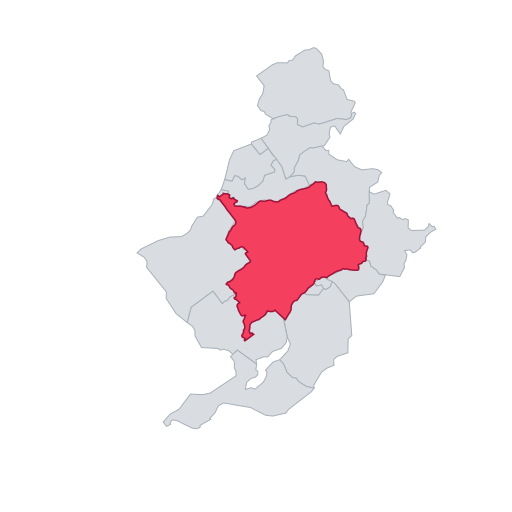 map of Democratic Republic of the Congo with United Republic of Tanzania, Nigeria, Cameroon and 11 others greyed out, rotated 53°
{"feature_id": "COD", "entity_name": "Democratic Republic of the Congo", "entity_type": "country or territory", "adm_level": 0, "iso_a3": "COD", "parent_name": "Africa", "parent_adm1": "", "projection": "robinson", "projection_center": [23.721, -4.071], "detail": "fine", "context": "with_neighbors", "style": "filled", "palette": "rose", "viewbox_px": 512, "rotation_deg": 53, "n_neighbors": 14, "source": "natural_earth", "source_scale": "50m", "svg_char_len": 12781}
<svg xmlns="http://www.w3.org/2000/svg" viewBox="0 0 512 512"><g transform="rotate(53 256 256)"><path d="M348.6,209.0L377.2,227.4L377.7,232.3L388.6,240.9L385.0,251.5L385.4,256.3L390.2,259.4L388.3,266.8L388.2,273.5L393.8,287.4L396.5,289.2L390.5,294.2L382.2,297.5L377.7,297.4L375.0,300.0L367.7,301.3L358.7,298.9L353.1,299.6L351.1,287.9L347.0,281.5L339.7,279.9L324.5,272.3L320.4,261.5L316.1,256.7L314.6,251.7L315.3,247.3L314.0,239.4L317.1,239.0L324.7,229.6L322.6,221.5L324.7,220.4L325.2,215.4L322.2,210.5L324.9,209.5L348.6,209.0Z" fill="#d9dde1" stroke="#a8b0b8" stroke-width="1"/><path d="M112.6,147.2L113.1,127.9L114.6,122.5L120.7,114.6L119.9,112.3L121.5,108.8L119.9,103.7L120.9,93.2L123.1,89.8L124.2,84.8L126.2,83.0L134.3,82.0L141.8,85.2L144.5,88.4L148.4,88.5L152.0,86.4L161.0,90.9L164.8,90.7L169.3,87.0L173.7,87.3L175.9,86.1L185.7,89.1L191.6,84.3L193.4,84.6L198.4,94.0L199.8,93.8L202.7,97.2L201.5,101.6L195.1,108.3L188.8,126.1L184.7,129.6L181.1,141.0L175.9,143.9L171.6,140.3L168.8,140.5L164.2,145.5L162.1,145.6L156.4,159.9L148.5,163.0L145.7,162.5L142.8,164.5L136.7,164.3L132.7,158.9L130.3,152.7L125.0,147.1L112.6,147.2Z" fill="#d9dde1" stroke="#a8b0b8" stroke-width="1"/><path d="M202.2,90.6L205.1,96.1L205.3,107.5L209.3,115.3L199.5,114.9L197.9,119.0L202.3,124.0L205.6,125.4L209.0,134.9L203.9,145.9L202.1,147.4L201.6,160.2L205.2,164.7L208.6,172.2L212.0,175.0L213.2,181.4L212.6,186.0L200.5,181.7L165.0,181.2L166.1,174.5L163.2,168.8L159.8,167.4L158.2,163.5L156.3,162.3L158.4,153.8L162.1,145.6L164.2,145.5L168.8,140.5L171.6,140.3L175.9,143.9L181.1,141.0L184.7,129.6L188.8,126.1L195.1,108.3L201.5,101.6L202.7,97.2L199.8,93.8L200.1,91.1L202.2,90.6Z" fill="#d9dde1" stroke="#a8b0b8" stroke-width="1"/><path d="M299.1,156.0L296.6,156.9L286.1,155.8L279.7,158.8L276.7,157.0L268.3,161.3L264.8,160.4L261.5,166.3L250.4,163.8L239.3,157.7L235.3,160.4L232.3,164.8L231.6,170.8L221.7,168.9L217.2,173.4L213.2,181.4L212.0,175.0L208.6,172.2L205.2,164.7L201.6,160.2L201.5,154.1L202.1,147.4L203.9,145.9L207.8,137.2L214.0,136.6L215.4,134.3L218.5,136.5L228.1,133.2L235.2,126.8L234.5,123.8L243.9,123.6L251.0,119.6L256.5,110.2L260.3,106.8L265.0,105.3L265.9,109.0L270.2,114.3L269.5,124.1L282.0,133.7L282.1,136.5L290.3,144.7L292.2,149.8L297.9,153.2L299.1,156.0Z" fill="#d9dde1" stroke="#a8b0b8" stroke-width="1"/><path d="M231.6,170.8L231.2,176.0L227.4,185.9L226.9,198.3L225.4,204.5L224.6,207.2L216.1,215.7L212.9,224.1L213.1,231.1L202.4,243.4L199.6,241.9L199.1,239.5L195.0,239.4L192.4,242.7L187.6,238.9L182.2,244.0L176.0,234.9L181.7,230.2L178.9,224.5L181.5,222.4L186.6,221.3L187.2,217.5L191.2,221.6L197.9,222.0L200.2,217.9L201.1,212.2L200.3,205.6L196.7,200.5L200.0,190.6L198.1,188.9L192.5,189.6L190.4,185.1L190.9,181.4L200.5,181.7L212.6,186.0L213.2,181.4L217.2,173.4L221.7,168.9L231.6,170.8Z" fill="#d9dde1" stroke="#a8b0b8" stroke-width="1"/><path d="M177.3,181.4L185.5,182.0L190.0,180.9L190.9,181.4L190.4,185.1L192.5,189.6L198.1,188.9L200.0,190.6L196.7,200.5L200.3,205.6L201.1,212.2L200.2,217.9L197.9,222.0L191.2,221.6L187.2,217.5L186.6,221.3L181.5,222.4L178.9,224.5L181.7,230.2L176.0,234.9L163.2,219.2L158.5,210.3L163.8,192.2L177.4,191.7L177.3,181.4Z" fill="#d9dde1" stroke="#a8b0b8" stroke-width="1"/><path d="M165.0,181.2L177.3,181.4L177.4,191.7L163.8,192.2L162.4,190.9L165.0,181.2Z" fill="#d9dde1" stroke="#a8b0b8" stroke-width="1"/><path d="M321.5,271.4L339.7,279.9L343.2,283.8L345.1,291.0L342.2,300.3L343.6,307.4L341.2,310.4L338.8,318.4L342.7,320.6L319.9,327.6L320.6,333.7L314.9,334.9L310.6,338.3L309.7,341.3L307.0,342.0L296.3,354.6L283.0,352.8L278.7,349.6L273.8,349.1L267.7,351.0L257.8,338.6L258.1,311.4L273.7,311.5L273.1,308.5L274.2,305.3L272.9,301.3L273.7,297.1L272.9,294.5L275.5,294.7L276.0,297.4L284.3,297.9L286.8,301.8L292.8,303.0L297.4,300.3L299.1,304.8L304.8,306.0L310.7,314.4L316.4,314.4L315.8,305.2L313.7,306.8L306.5,301.9L308.8,283.2L307.2,279.4L309.3,273.9L311.3,272.9L321.5,271.4Z" fill="#d9dde1" stroke="#a8b0b8" stroke-width="1"/><path d="M353.1,299.6L358.7,298.9L367.7,301.3L375.0,300.0L377.7,297.4L382.2,297.5L390.5,294.2L396.5,289.2L397.7,293.1L398.1,322.5L399.4,326.7L394.0,338.8L389.1,344.1L373.7,351.6L353.8,370.4L353.1,376.5L356.5,383.0L357.9,390.6L359.2,390.2L357.6,402.5L359.3,404.0L358.1,407.6L355.0,410.6L339.9,418.2L336.6,421.3L337.2,424.9L339.0,425.5L338.3,430.0L332.7,430.0L330.6,419.3L332.1,409.7L326.8,391.5L334.8,381.8L337.9,374.9L339.7,344.1L335.9,341.3L332.3,340.7L327.3,336.8L321.0,336.9L319.9,327.6L342.7,320.6L347.0,324.7L349.1,323.9L352.0,326.1L352.4,329.5L350.8,333.5L351.3,339.5L356.1,344.8L358.4,338.9L361.7,337.1L361.2,326.1L358.2,319.9L355.5,317.1L352.9,317.2L350.9,306.1L353.1,299.6Z" fill="#d9dde1" stroke="#a8b0b8" stroke-width="1"/><path d="M190.4,241.8L187.6,243.6L186.2,249.5L184.3,250.4L182.2,244.0L187.6,238.9L190.4,241.8ZM185.4,253.1L193.3,251.1L215.6,251.2L219.7,262.7L224.3,270.0L231.8,268.1L236.0,269.3L239.0,262.1L243.7,261.8L244.1,260.3L247.9,260.3L247.3,263.4L256.5,263.3L256.6,268.7L258.1,272.0L257.0,277.2L257.6,282.4L260.1,285.6L259.7,295.8L269.5,294.0L272.9,294.5L273.7,297.1L272.9,301.3L274.2,305.3L273.1,308.5L273.7,311.5L258.1,311.4L257.8,338.6L267.7,351.0L254.0,354.5L235.9,353.3L230.7,349.2L199.3,350.2L194.8,346.3L190.0,346.0L182.0,349.1L181.2,343.7L184.9,324.7L189.0,313.4L195.6,304.0L196.4,297.7L195.9,292.8L193.6,289.7L189.7,279.4L192.4,274.2L188.5,260.2L184.7,254.8L185.4,253.1Z" fill="#d9dde1" stroke="#a8b0b8" stroke-width="1"/><path d="M322.6,221.5L324.7,229.6L317.1,239.0L314.0,239.4L313.5,229.0L311.6,225.2L316.2,225.8L318.5,220.9L322.6,221.5Z" fill="#d9dde1" stroke="#a8b0b8" stroke-width="1"/><path d="M348.6,209.0L324.9,209.5L317.7,213.2L315.8,212.3L315.9,205.9L317.7,202.6L318.1,195.7L322.6,187.2L327.9,181.9L324.9,180.8L325.3,170.7L328.4,168.4L333.2,170.3L339.3,168.3L344.6,168.3L349.3,164.4L352.9,170.3L357.1,184.5L348.5,199.9L348.6,209.0Z" fill="#d9dde1" stroke="#a8b0b8" stroke-width="1"/><path d="M322.2,210.5L325.2,215.4L324.7,220.4L322.6,221.5L318.5,220.9L316.2,225.8L311.6,225.2L313.7,214.7L315.8,212.3L317.7,213.2L322.2,210.5Z" fill="#d9dde1" stroke="#a8b0b8" stroke-width="1"/><path d="M325.3,170.7L318.6,165.0L316.8,161.4L307.1,164.1L303.7,163.0L297.9,153.2L292.2,149.8L290.3,144.7L282.1,136.5L282.0,133.7L272.7,126.9L277.7,124.4L281.7,112.8L287.1,111.6L292.3,118.9L294.3,119.7L297.1,118.2L302.5,118.5L303.5,120.3L311.0,120.3L311.3,118.5L315.2,116.9L315.9,114.4L318.8,112.6L325.1,117.6L329.0,116.7L336.8,105.8L336.1,100.7L334.3,98.2L338.8,97.7L339.3,95.8L342.8,96.4L342.0,102.7L342.9,108.9L346.8,112.3L347.7,119.5L348.7,119.7L348.8,126.4L347.7,129.0L343.7,129.2L341.2,134.1L345.8,134.7L349.7,138.9L351.0,142.3L354.5,144.3L359.0,153.6L344.6,168.3L339.3,168.3L333.2,170.3L328.4,168.4L325.3,170.7Z" fill="#d9dde1" stroke="#a8b0b8" stroke-width="1"/><path d="M324.5,271.0L311.1,273.4L310.6,273.5L310.8,274.4L310.7,275.4L310.3,276.1L309.8,277.0L308.9,278.1L308.4,278.6L306.8,279.9L306.8,280.3L307.8,282.3L308.3,283.8L308.5,285.1L308.4,289.2L308.3,289.9L308.6,291.2L308.5,292.3L307.8,293.4L307.6,294.5L306.7,298.1L306.4,299.2L306.9,301.1L307.3,302.1L308.0,302.9L309.5,304.1L310.1,304.7L311.7,306.7L313.8,307.1L314.4,307.4L314.8,307.3L315.0,307.0L315.0,306.4L314.9,306.0L315.0,305.6L315.4,305.4L316.4,305.4L316.8,305.1L317.2,305.0L317.1,315.4L317.1,315.6L317.0,316.0L316.6,316.1L316.0,315.8L315.9,314.8L315.6,314.5L315.3,314.4L314.8,314.5L314.0,315.0L313.0,315.4L312.7,315.7L312.0,315.6L311.2,315.4L310.7,314.9L310.6,314.1L309.5,312.1L308.7,311.1L308.3,311.0L307.8,310.8L307.5,310.0L307.2,309.0L306.8,308.1L306.3,307.8L302.6,306.1L301.8,306.1L301.0,306.0L300.5,305.6L300.2,305.3L299.3,303.2L298.0,301.8L297.6,300.3L297.4,300.1L296.9,300.2L296.5,300.4L295.8,302.8L295.6,303.0L295.3,303.2L294.8,303.4L294.1,303.5L293.1,303.4L291.2,303.1L288.8,302.7L288.1,302.4L287.5,302.1L285.8,301.5L285.0,301.6L284.6,301.1L284.2,300.9L283.7,300.4L283.5,299.8L283.2,298.6L283.3,297.9L283.5,297.1L283.3,296.9L283.0,296.9L282.5,297.2L280.2,297.7L278.6,298.1L277.5,298.9L277.1,298.9L276.4,298.7L276.1,298.3L276.4,297.8L276.6,297.3L276.3,296.2L276.0,295.7L275.0,295.4L274.6,295.3L274.5,294.7L274.2,294.2L273.3,294.0L273.1,294.2L272.9,294.6L272.9,295.0L272.3,295.2L271.3,295.2L270.3,294.9L269.6,294.8L269.1,294.9L267.2,295.7L266.6,295.9L264.7,295.8L263.6,295.6L262.8,295.6L262.2,295.8L261.5,296.5L260.9,296.8L260.6,296.8L260.2,296.1L260.2,295.2L259.9,294.2L260.1,293.6L260.6,293.3L260.8,292.5L260.7,291.3L260.7,290.4L260.8,289.9L260.6,288.8L260.0,286.9L259.2,285.4L258.1,284.2L257.4,283.1L257.1,282.0L257.2,279.4L257.8,275.3L257.7,272.3L257.0,270.3L256.8,268.2L257.2,266.0L257.3,264.4L257.0,263.6L256.9,263.5L256.6,263.4L252.4,263.3L248.0,263.2L247.6,262.9L247.4,262.4L247.5,261.9L247.9,260.3L247.9,260.1L247.0,260.1L242.5,260.7L240.8,261.1L239.8,262.1L239.5,263.2L239.5,264.2L239.5,264.9L239.0,265.6L238.7,266.4L238.4,269.1L236.9,269.4L235.4,269.4L235.1,269.4L233.3,268.8L232.6,268.8L232.0,269.1L229.8,269.6L228.7,270.3L228.4,270.3L227.7,270.0L226.7,270.0L225.2,270.2L224.8,270.0L222.6,266.2L221.9,264.8L221.2,263.9L220.6,263.0L220.4,262.2L220.5,261.3L220.1,260.3L219.3,258.9L218.8,257.5L218.5,256.3L218.5,255.2L218.6,254.3L218.4,253.7L218.0,253.2L217.8,252.7L217.2,252.0L216.4,251.4L215.5,251.1L211.1,251.1L203.7,251.2L203.0,251.3L201.0,251.3L198.9,251.1L196.3,251.0L195.4,251.1L193.3,251.1L193.1,251.1L192.8,251.2L191.9,251.0L191.0,251.1L190.5,250.8L189.4,251.0L188.9,251.2L188.1,251.9L186.8,252.3L186.4,252.2L186.0,252.1L185.3,251.3L184.7,250.6L184.5,250.2L184.8,250.1L186.6,249.8L186.7,249.6L186.8,247.3L186.8,244.9L186.6,244.6L186.3,244.4L187.4,243.5L188.0,242.9L189.1,241.4L190.9,240.7L191.0,240.5L191.1,240.3L191.5,240.3L192.1,241.2L193.3,242.2L193.6,242.3L194.6,241.6L195.4,241.3L195.6,241.0L195.7,240.4L195.8,239.0L196.3,238.8L196.8,239.0L197.1,239.3L197.5,239.3L198.3,238.7L199.0,238.5L199.7,238.2L200.4,237.7L200.7,237.7L201.3,238.7L201.4,239.0L200.7,240.1L201.0,240.9L201.1,242.2L201.5,242.5L201.7,242.4L202.2,242.4L202.8,242.7L203.3,242.7L203.9,242.4L204.9,241.1L206.3,239.1L207.6,237.7L208.5,237.2L209.2,236.6L209.5,235.9L210.1,235.4L211.2,235.0L212.1,234.5L213.0,233.1L214.2,230.5L214.7,226.8L214.5,220.4L214.7,219.5L215.1,218.9L216.3,217.6L217.2,216.6L217.8,215.4L219.0,212.6L219.7,211.3L220.4,210.6L221.4,209.9L222.7,209.4L224.7,207.5L226.3,205.5L226.1,203.2L226.5,201.3L227.3,198.8L227.6,196.2L227.3,193.5L227.5,191.2L228.6,187.7L228.8,186.1L228.7,183.6L229.8,180.1L231.9,175.7L232.9,172.5L232.7,169.3L233.0,166.9L232.9,165.5L232.5,164.3L232.7,163.6L233.5,163.2L234.5,162.0L236.3,158.9L238.2,157.4L239.6,156.9L241.0,156.9L241.9,157.2L242.3,157.7L243.4,158.4L245.1,159.4L246.3,160.6L247.0,161.9L247.6,162.6L248.3,162.8L249.4,162.7L250.6,163.0L251.9,163.7L252.7,163.9L252.9,163.8L253.6,163.9L255.0,164.4L256.1,164.1L257.8,164.4L261.7,165.4L262.0,165.2L262.3,164.7L263.1,162.7L263.9,161.5L264.2,161.0L265.0,160.3L266.0,160.2L266.9,160.2L268.4,160.8L269.2,160.8L270.0,160.5L271.2,159.9L272.5,159.5L273.5,159.1L276.0,158.0L276.9,157.9L279.4,158.6L281.0,158.1L281.7,158.2L283.1,157.7L283.3,157.4L284.2,155.8L285.1,155.3L286.6,155.5L290.0,156.5L293.5,157.2L294.9,157.4L295.3,157.3L296.4,156.4L296.8,156.2L297.2,156.3L299.3,157.0L299.6,157.6L300.0,158.2L301.3,159.3L301.7,159.9L302.3,161.0L302.7,161.4L303.2,161.7L303.7,162.0L304.0,162.4L304.5,162.9L305.3,163.5L306.2,163.6L306.6,163.8L307.1,163.8L307.8,163.3L308.7,162.6L309.4,162.2L311.0,162.4L311.9,162.7L312.6,163.2L313.1,163.2L314.3,162.3L315.0,161.3L315.6,161.1L316.5,161.5L317.3,162.4L318.0,163.7L319.1,165.0L320.5,166.7L322.2,167.5L322.8,167.9L323.1,168.4L323.2,168.9L323.2,169.5L323.4,169.8L324.3,169.6L324.7,169.8L325.0,170.2L325.3,170.9L325.8,171.1L325.9,171.6L325.3,172.7L324.9,173.7L324.7,174.7L325.2,175.4L325.4,175.7L325.4,176.0L325.4,176.4L324.8,177.9L324.5,179.1L324.5,179.8L325.3,180.2L326.3,180.2L326.6,180.5L326.9,181.0L327.2,181.2L327.6,181.2L327.9,181.4L328.0,181.7L328.7,182.4L328.5,182.9L328.5,183.3L327.8,184.3L326.2,186.4L322.6,190.2L321.5,190.7L320.8,191.4L320.4,192.5L319.4,193.4L318.6,193.8L318.5,194.0L318.5,195.0L318.5,196.5L318.2,197.2L317.4,199.4L317.1,199.6L316.9,200.0L316.8,201.3L316.6,201.8L316.3,204.6L316.4,205.4L316.1,206.7L316.0,207.5L315.9,208.4L315.7,209.2L315.8,212.7L315.5,212.9L315.0,213.4L314.5,213.7L314.1,213.8L312.9,215.6L312.5,216.4L312.4,216.8L312.6,219.1L312.4,219.6L312.2,220.0L310.5,221.4L310.4,221.8L310.6,222.7L310.6,223.4L310.8,223.8L311.5,224.1L311.6,224.8L312.6,226.1L313.1,227.0L313.1,227.7L313.0,229.6L313.1,230.6L313.0,233.7L313.1,234.3L313.9,235.9L314.3,237.7L314.5,239.0L314.5,239.4L313.9,242.3L313.9,242.8L314.0,243.5L315.0,246.4L315.5,248.0L315.9,249.3L316.0,249.9L315.9,250.3L315.1,251.9L315.0,252.5L315.2,253.7L315.5,254.9L316.7,257.5L317.4,258.2L318.6,259.1L319.7,260.1L320.5,261.1L321.3,262.6L321.7,263.7L322.0,264.8L324.3,270.3L324.5,271.0Z" fill="#f43f5e" stroke="#9f1239" stroke-width="1.5"/></g></svg>